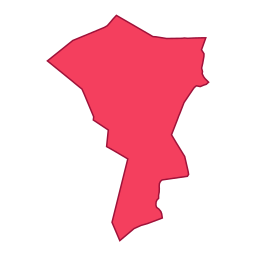 Paquetá, Piauí, Brazil (Mercator projection)
{"feature_id": "56859067B84967763168108", "entity_name": "Paquetá", "entity_type": "district", "adm_level": 2, "iso_a3": "BRA", "parent_name": "Brazil", "parent_adm1": "Piauí", "projection": "mercator", "projection_center": [-41.654, -7.163], "detail": "fine", "context": "isolated", "style": "filled", "palette": "rose", "viewbox_px": 256, "rotation_deg": 0, "n_neighbors": 0, "source": "geoboundaries", "source_scale": "gbopen_adm2", "svg_char_len": 1032}
<svg xmlns="http://www.w3.org/2000/svg" viewBox="0 0 256 256"><path d="M188.1,171.3L184.7,156.5L176.2,142.7L171.5,134.8L177.0,120.6L177.8,118.5L178.5,116.5L180.1,112.7L184.0,102.6L192.7,89.7L194.3,87.5L196.4,85.8L200.2,86.6L203.8,85.1L206.3,84.3L208.6,82.2L205.0,78.6L203.6,76.7L202.2,73.8L202.5,71.5L201.6,68.1L202.7,63.3L203.9,56.6L204.0,53.8L201.5,49.8L205.8,37.8L203.3,37.8L198.9,37.9L194.4,38.0L190.1,38.2L187.5,38.3L184.5,38.0L182.0,38.3L166.6,38.5L155.9,36.8L152.9,36.6L139.7,28.9L116.4,15.4L114.9,17.0L112.7,19.4L110.9,21.6L107.3,25.7L104.4,27.4L72.8,40.5L47.4,60.9L72.9,81.6L74.4,82.9L82.0,89.1L84.0,93.6L93.7,116.8L93.3,120.0L108.3,130.0L106.6,146.6L112.9,150.1L127.8,158.9L112.0,222.3L119.8,240.6L134.0,228.6L141.1,225.4L147.4,223.6L162.3,218.0L161.7,213.9L160.9,211.6L158.9,209.1L156.6,207.4L155.9,205.1L156.1,201.9L157.1,199.8L158.6,198.4L158.6,195.2L159.2,192.0L159.3,188.5L159.2,186.2L159.4,183.6L160.5,181.3L162.2,179.9L187.4,176.3L188.6,174.4L188.1,171.3Z" fill="#f43f5e" stroke="#9f1239" stroke-width="1.5"/></svg>